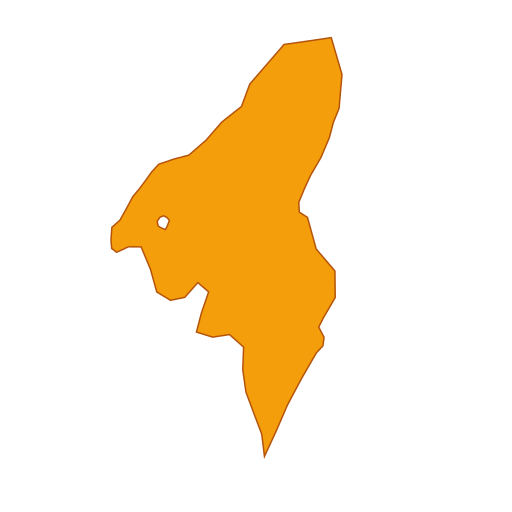 an SVG outline of Goranboy, rotated 163°
{"feature_id": "AZE-1681", "entity_name": "Goranboy", "entity_type": "District", "adm_level": 1, "iso_a3": "AZE", "parent_name": "Azerbaijan", "parent_adm1": "", "projection": "equal_earth", "projection_center": [46.693, 40.614], "detail": "fine", "context": "isolated", "style": "filled", "palette": "amber", "viewbox_px": 512, "rotation_deg": 163, "n_neighbors": 0, "source": "natural_earth", "source_scale": "10m", "svg_char_len": 1129}
<svg xmlns="http://www.w3.org/2000/svg" viewBox="0 0 512 512"><g transform="rotate(163 256 256)"><path d="M305.7,372.7L303.3,372.6L290.7,372.1L269.8,381.4L249.5,394.1L233.7,400.3L228.8,402.2L226.2,403.2L220.3,410.9L214.3,418.8L211.6,422.3L167.3,450.1L136.7,445.3L136.4,445.3L120.2,442.8L120.7,404.4L133.4,372.9L143.0,361.1L151.2,347.8L165.0,331.3L180.4,317.0L190.0,306.2L199.3,295.0L201.8,285.3L195.5,277.9L196.4,245.1L184.9,218.6L192.4,193.1L209.3,177.5L216.8,169.7L214.7,158.3L218.3,150.5L226.6,145.7L248.3,125.5L269.5,104.3L287.7,82.9L306.5,61.9L302.6,83.9L304.0,105.6L305.4,128.9L301.9,151.1L294.5,172.5L304.3,188.6L321.2,191.1L335.2,200.7L324.7,217.7L311.8,235.5L319.4,247.6L336.2,237.3L350.7,238.6L361.4,250.6L360.8,274.2L363.2,298.3L375.3,302.1L388.2,300.3L391.8,305.4L390.0,313.8L385.4,325.6L375.7,330.0L365.7,339.6L356.3,348.9L348.0,354.3L339.8,360.3L331.2,366.9L327.1,369.3L322.2,372.2L306.5,372.7L305.7,372.7ZM332.5,321.4L336.3,321.2L340.2,318.3L340.7,315.4L340.6,313.0L338.4,310.6L335.0,307.8L332.5,310.1L330.2,313.1L328.4,315.3L329.8,318.7L332.5,321.4Z" fill="#f59e0b" stroke="#b45309" stroke-width="1.5"/></g></svg>